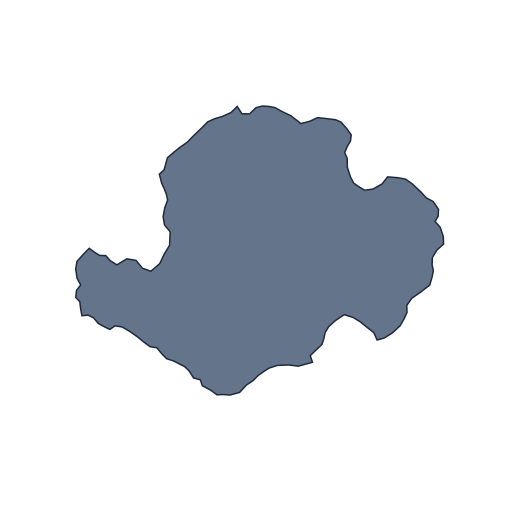 outline of Senador Firmino, Minas Gerais, Brazil, rotated 237°
{"feature_id": "56859067B42081947942118", "entity_name": "Senador Firmino", "entity_type": "district", "adm_level": 2, "iso_a3": "BRA", "parent_name": "Brazil", "parent_adm1": "Minas Gerais", "projection": "orthographic", "projection_center": [-43.103, -20.899], "detail": "fine", "context": "isolated", "style": "filled", "palette": "slate", "viewbox_px": 512, "rotation_deg": 237, "n_neighbors": 0, "source": "geoboundaries", "source_scale": "gbopen_adm2", "svg_char_len": 1957}
<svg xmlns="http://www.w3.org/2000/svg" viewBox="0 0 512 512"><g transform="rotate(237 256 256)"><path d="M119.6,311.8L117.4,318.7L117.2,328.8L119.0,338.9L122.8,346.2L126.4,351.9L132.5,355.6L135.7,363.7L136.1,374.5L137.0,385.9L142.7,392.5L147.2,396.8L152.5,398.8L158.7,403.1L162.5,411.2L163.8,419.8L170.3,423.7L179.8,426.1L187.4,425.0L190.2,430.5L195.8,434.5L205.3,434.2L212.0,430.5L220.1,429.1L231.5,426.3L239.0,423.3L244.3,417.7L250.7,409.5L247.8,401.1L248.4,390.6L252.0,382.9L258.5,379.8L263.9,377.6L270.8,378.3L280.6,380.9L288.1,385.6L294.4,386.7L298.2,392.3L300.9,397.8L305.7,401.8L313.7,401.5L322.0,400.2L326.8,397.1L332.8,390.0L338.5,383.0L339.7,374.5L342.6,365.8L354.5,361.7L363.4,356.3L370.2,352.7L374.7,347.9L378.2,343.2L380.4,336.8L378.7,328.0L382.9,321.7L391.7,321.7L389.9,313.3L391.4,303.7L393.6,296.3L394.8,288.6L393.2,281.5L392.1,275.5L390.8,268.8L388.9,260.2L388.6,251.8L387.9,244.7L386.7,235.4L382.3,230.3L378.3,225.8L377.3,219.5L368.2,216.5L362.4,215.7L356.8,214.5L351.1,212.4L346.1,205.7L339.5,199.5L331.9,196.2L323.1,197.2L312.1,189.4L307.6,180.1L302.0,171.0L300.5,159.5L307.6,154.1L317.7,153.0L324.0,146.1L324.3,134.5L331.5,131.2L338.2,130.2L341.7,125.1L347.6,122.4L353.3,120.3L351.4,111.9L349.0,102.9L343.0,97.5L334.7,93.8L327.2,93.2L324.9,86.7L319.4,82.3L313.6,83.3L306.8,80.0L300.7,77.5L297.9,82.9L292.6,86.1L285.3,87.0L279.0,90.4L274.0,93.4L274.2,99.8L269.2,105.2L261.1,109.2L252.6,112.6L245.3,114.9L237.8,117.7L233.1,122.8L225.7,123.7L218.5,125.1L212.8,129.8L207.4,132.8L202.4,135.8L196.2,137.3L187.7,137.2L182.5,141.9L176.4,140.3L168.2,144.9L160.8,147.7L157.7,153.0L153.6,158.4L150.5,167.9L153.0,177.7L153.1,185.8L154.6,192.6L154.9,199.3L154.9,205.7L152.7,214.1L147.0,223.8L140.5,231.6L138.3,238.7L136.1,245.5L142.9,247.2L144.5,255.5L145.9,263.2L150.2,268.4L154.3,272.4L157.2,278.7L158.6,287.5L158.8,298.0L151.4,304.1L144.2,307.5L134.1,310.8L127.6,313.1L119.6,311.8Z" fill="#64748b" stroke="#1e293b" stroke-width="1.5"/></g></svg>